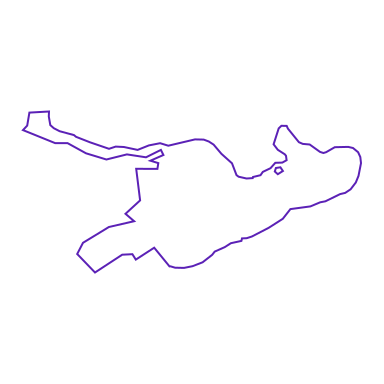 the district of Kurgantepa, Andijon, Uzbekistan
{"feature_id": "79887680B5008780353484", "entity_name": "Kurgantepa", "entity_type": "district", "adm_level": 2, "iso_a3": "UZB", "parent_name": "Uzbekistan", "parent_adm1": "Andijon", "projection": "robinson", "projection_center": [72.86, 40.792], "detail": "fine", "context": "isolated", "style": "outline", "palette": "violet", "viewbox_px": 384, "rotation_deg": 0, "n_neighbors": 0, "source": "geoboundaries", "source_scale": "gbopen_adm2", "svg_char_len": 1430}
<svg xmlns="http://www.w3.org/2000/svg" viewBox="0 0 384 384"><path d="M23.0,130.1L55.1,143.1L67.5,143.1L86.0,153.3L106.4,159.5L126.9,154.4L146.0,157.3L160.9,149.9L163.4,155.0L150.4,160.7L158.3,163.1L157.4,168.9L136.2,168.8L140.1,200.4L125.5,213.8L134.1,221.2L108.9,227.0L83.0,242.8L77.2,254.0L95.0,272.5L122.2,254.7L132.4,254.2L135.8,259.6L154.2,247.7L169.5,266.4L170.4,266.3L175.1,267.7L184.0,267.9L192.5,266.2L202.6,262.3L212.2,254.8L214.7,251.6L224.8,247.1L230.9,243.2L241.4,240.9L242.0,238.4L246.7,238.2L251.9,236.5L268.7,227.8L282.8,218.8L290.4,209.1L310.4,206.4L320.2,202.3L325.4,201.3L340.1,194.1L345.2,192.9L350.6,189.3L355.8,182.5L358.5,175.9L361.0,163.1L360.3,157.0L358.1,152.2L353.0,148.0L348.2,146.9L334.8,147.2L326.1,152.2L323.4,153.0L320.0,151.9L309.7,144.5L302.8,143.9L298.9,142.2L287.9,128.6L286.7,125.9L281.4,125.8L278.7,128.4L273.6,144.3L277.8,149.8L284.8,154.3L286.0,155.8L286.6,160.2L282.3,162.6L275.3,162.8L270.5,168.2L262.8,171.9L260.5,175.2L253.0,177.0L252.7,178.1L246.5,178.5L238.6,176.7L236.5,175.1L232.0,163.3L221.4,153.8L213.6,144.6L208.8,141.5L203.7,139.6L195.0,139.4L168.3,145.7L160.1,143.2L148.9,145.4L137.6,149.9L123.9,147.0L115.7,146.6L109.0,148.8L90.0,142.3L76.0,136.8L74.0,135.1L59.6,131.2L53.8,128.2L50.3,125.1L48.8,116.5L49.0,111.5L29.4,112.6L27.2,125.6L23.0,130.1ZM282.9,171.0L277.8,174.2L274.8,171.5L275.9,168.0L280.4,167.3L282.9,171.0Z" fill="none" stroke="#5b21b6" stroke-width="2"/></svg>